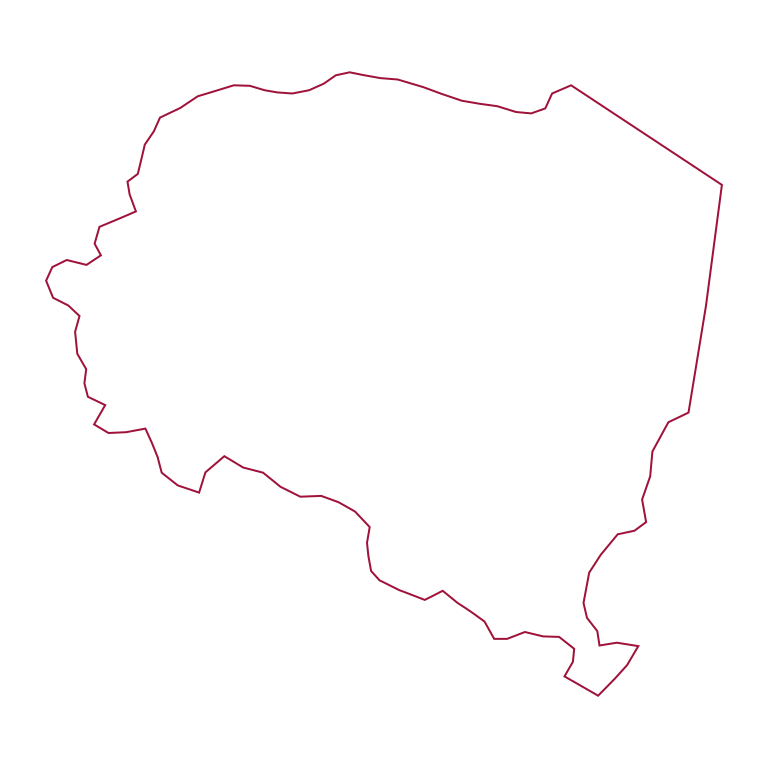 outline of Pinhão, Sergipe, Brazil
{"feature_id": "56859067B90079031840877", "entity_name": "Pinhão", "entity_type": "district", "adm_level": 2, "iso_a3": "BRA", "parent_name": "Brazil", "parent_adm1": "Sergipe", "projection": "albers", "projection_center": [-37.772, -10.576], "detail": "fine", "context": "isolated", "style": "outline", "palette": "rose", "viewbox_px": 768, "rotation_deg": 0, "n_neighbors": 0, "source": "geoboundaries", "source_scale": "gbopen_adm2", "svg_char_len": 1402}
<svg xmlns="http://www.w3.org/2000/svg" viewBox="0 0 768 768"><path d="M160.0,117.6L153.8,131.4L144.8,144.6L141.3,159.5L137.8,173.9L127.5,181.6L129.6,194.3L135.9,211.4L121.8,217.5L99.5,226.8L94.6,243.7L100.9,255.3L86.5,264.9L66.7,260.0L52.3,267.1L46.1,280.7L53.1,297.8L68.3,305.5L79.5,316.0L75.1,331.7L77.3,353.8L86.2,369.2L84.4,383.3L87.9,396.8L105.2,405.1L94.1,424.4L108.5,433.0L126.1,432.2L145.4,428.6L151.9,442.9L157.6,457.0L161.7,472.7L177.7,485.4L199.1,492.6L205.4,472.4L224.3,456.2L243.1,467.5L263.1,472.7L280.5,486.8L300.3,496.7L321.2,495.9L338.5,502.2L355.1,511.6L369.7,527.1L367.0,542.8L368.4,556.1L371.1,571.0L379.5,580.3L399.0,590.0L424.8,599.9L442.7,590.8L457.3,602.7L470.6,611.5L484.5,621.5L494.2,638.9L507.0,638.9L524.9,632.0L543.1,636.4L559.1,636.9L574.2,648.8L572.9,661.8L564.5,676.4L598.1,695.7L614.9,678.6L627.1,665.1L638.3,646.1L616.8,642.7L599.5,645.5L597.3,631.1L587.0,617.9L583.5,603.0L589.2,572.6L600.8,554.7L617.7,534.3L634.5,530.7L646.1,522.1L642.1,499.5L650.2,476.3L652.4,451.5L668.4,422.2L688.5,412.6L705.9,306.3L721.9,184.9L571.1,85.3L552.1,93.5L545.3,108.4L531.2,113.4L516.0,112.0L497.3,106.2L479.1,103.7L461.7,100.7L441.4,93.8L423.5,87.2L397.7,79.5L380.3,78.1L363.0,75.0L349.7,72.3L335.8,75.3L323.9,83.6L309.2,90.2L292.4,93.5L277.2,92.4L264.5,90.2L249.8,85.8L233.8,85.3L215.9,90.8L197.7,96.3L180.4,107.9L160.0,117.6Z" fill="none" stroke="#9f1239" stroke-width="2"/></svg>